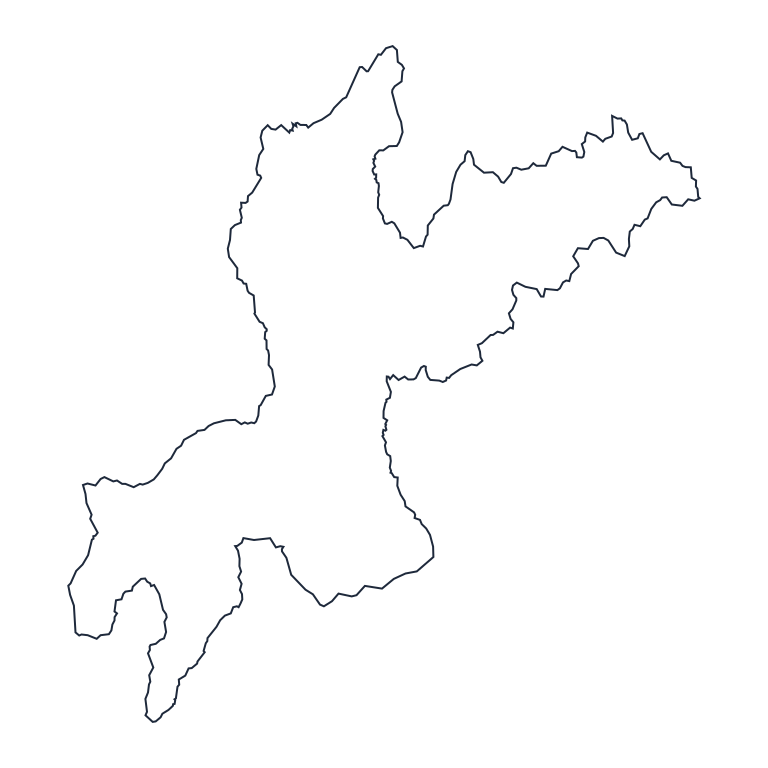 Parinacochas, Ayacucho, Peru
{"feature_id": "86281439B29784244980740", "entity_name": "Parinacochas", "entity_type": "district", "adm_level": 2, "iso_a3": "PER", "parent_name": "Peru", "parent_adm1": "Ayacucho", "projection": "equal_earth", "projection_center": [-73.675, -15.069], "detail": "fine", "context": "isolated", "style": "outline", "palette": "slate", "viewbox_px": 768, "rotation_deg": 0, "n_neighbors": 0, "source": "geoboundaries", "source_scale": "gbopen_adm2", "svg_char_len": 6083}
<svg xmlns="http://www.w3.org/2000/svg" viewBox="0 0 768 768"><path d="M392.6,46.1L386.0,48.2L380.9,54.8L378.3,54.3L368.1,71.2L366.6,71.3L362.1,67.0L359.7,67.2L346.2,97.3L342.9,98.9L334.1,107.9L330.2,113.9L321.7,119.7L313.5,123.2L308.2,127.6L306.3,125.0L300.4,124.9L297.4,122.8L295.7,123.3L296.3,126.3L292.6,123.7L293.4,126.3L292.2,128.9L292.7,130.6L290.2,130.1L289.3,132.6L281.2,125.1L275.6,129.6L271.3,128.9L267.7,125.2L262.3,130.7L260.6,137.5L263.3,148.9L259.2,155.1L256.3,168.9L257.5,174.7L260.2,175.6L261.2,177.9L252.2,192.6L248.0,196.1L247.6,201.5L245.6,202.9L241.1,202.7L241.5,207.6L239.9,209.8L241.8,217.8L240.8,220.1L241.0,222.6L234.9,225.1L230.8,229.0L230.0,240.0L227.8,248.7L229.1,257.1L237.3,268.2L237.2,278.3L242.0,280.6L243.6,283.5L246.2,283.8L247.6,290.7L249.0,292.8L253.7,295.5L255.0,312.5L254.4,313.6L259.6,321.8L262.9,323.2L264.7,327.3L266.7,329.2L266.7,330.8L265.2,332.1L264.7,338.7L266.5,340.4L266.6,349.0L268.1,350.5L269.0,355.1L268.6,364.9L272.1,369.5L274.8,386.5L272.0,394.5L265.8,395.9L260.7,405.1L259.1,406.1L258.3,415.5L256.1,421.5L254.3,423.2L251.2,422.5L247.7,423.7L244.8,422.4L241.3,424.2L235.3,419.9L225.8,420.3L213.9,423.3L208.6,426.0L204.5,429.9L197.5,430.9L196.0,433.1L184.0,439.8L181.1,445.7L176.5,448.8L171.1,458.3L164.8,463.4L162.2,468.8L157.3,475.3L153.8,479.4L147.8,482.9L142.7,484.6L139.9,483.9L133.7,487.2L125.5,483.9L122.2,483.9L117.0,480.5L113.3,481.4L104.4,477.1L100.6,479.0L95.5,485.5L87.5,483.5L83.0,485.0L85.5,494.0L86.5,503.1L91.6,514.7L90.2,518.8L97.7,532.7L95.4,535.7L93.3,536.2L93.5,538.7L91.9,539.7L88.1,555.2L82.6,564.5L76.2,570.9L70.6,583.4L68.3,585.7L70.1,594.9L73.9,605.6L75.5,632.4L79.2,635.5L81.5,634.5L87.7,635.2L96.7,638.8L100.6,635.2L108.9,634.2L111.4,630.4L112.4,624.5L114.5,620.5L114.6,617.1L117.0,613.4L114.5,611.5L116.0,600.3L121.5,599.3L123.4,593.7L125.4,591.6L131.9,590.6L132.8,586.7L141.1,578.9L145.1,578.5L147.2,581.7L150.2,583.4L151.0,586.1L154.1,585.0L159.3,594.3L163.0,609.8L166.1,614.2L166.7,617.4L164.4,621.9L166.1,632.0L164.0,638.4L160.2,639.9L155.8,643.8L150.5,645.0L149.6,646.6L149.9,650.0L148.0,653.3L153.3,667.5L149.2,675.2L150.3,681.7L149.0,684.4L148.0,692.5L145.4,698.9L147.0,711.8L145.5,715.3L152.7,721.9L155.7,721.4L160.6,717.3L162.4,713.7L168.4,710.0L172.9,705.8L173.1,704.2L174.6,703.9L175.2,700.2L174.5,699.3L175.9,698.4L177.5,686.7L179.2,684.7L178.8,679.5L185.3,675.6L188.6,668.4L191.7,668.1L197.1,663.6L197.5,661.5L204.7,652.2L203.6,651.0L205.8,643.2L207.3,641.1L207.5,638.1L216.5,626.8L220.2,620.2L224.9,615.6L230.8,613.4L233.2,607.2L236.9,606.3L238.6,607.2L240.5,603.5L242.3,599.4L242.0,594.1L239.9,590.0L241.6,583.8L238.3,577.2L241.1,571.6L239.4,566.2L239.6,558.8L238.0,550.7L235.2,546.1L237.3,545.9L241.8,542.6L243.4,538.1L254.0,540.0L270.1,538.2L275.9,547.4L280.3,546.2L283.4,546.8L281.9,549.2L282.0,551.4L286.4,557.8L291.2,574.8L305.5,589.7L312.9,594.3L320.0,604.6L323.9,606.3L332.0,601.2L338.5,593.6L351.7,596.4L356.5,595.2L364.9,585.9L382.0,588.6L393.8,578.9L405.5,573.5L416.8,571.4L433.4,557.0L433.1,546.6L430.0,534.9L426.2,528.5L421.7,524.1L420.0,519.9L414.6,518.0L415.2,514.8L414.1,512.4L405.5,506.4L404.7,501.1L400.6,494.7L397.3,485.8L397.7,477.5L394.2,477.1L391.7,473.1L390.5,472.7L391.1,470.9L389.8,467.6L390.8,461.0L390.2,456.1L387.2,454.3L386.1,451.9L384.9,445.4L386.0,442.3L382.4,436.1L383.6,434.9L382.8,432.8L383.4,429.9L385.4,430.7L386.4,429.8L385.4,426.2L386.1,424.9L385.3,424.0L387.2,420.3L383.5,417.9L383.6,411.0L385.5,402.8L386.5,401.8L386.3,399.6L389.9,397.8L390.9,391.9L386.7,381.3L386.8,376.5L388.5,376.7L390.0,379.1L393.2,375.1L398.6,380.0L404.6,376.6L408.2,379.5L413.5,379.4L415.8,378.1L421.1,367.6L423.9,366.0L425.8,366.7L425.7,370.0L427.8,376.8L430.3,379.9L439.3,380.6L442.7,382.0L446.1,380.5L446.7,377.6L449.1,377.9L451.2,375.2L460.3,369.0L471.6,364.5L476.8,365.4L482.4,360.8L480.5,357.3L480.0,351.7L477.8,344.9L481.9,343.2L490.6,335.0L493.1,334.9L497.5,331.7L503.4,333.2L510.1,327.6L512.8,328.5L513.4,322.3L510.6,318.9L508.9,313.3L512.5,309.3L516.3,300.5L516.3,298.1L513.4,294.8L512.0,289.9L513.0,285.5L516.8,282.6L525.4,286.8L536.7,289.1L541.0,296.5L543.5,296.6L545.2,288.9L557.4,290.1L559.9,288.3L563.0,282.4L566.2,280.5L569.3,281.1L571.1,274.0L578.7,266.2L578.0,263.4L573.2,256.3L577.9,248.2L588.0,249.0L592.9,240.8L598.9,238.1L603.6,237.9L608.3,240.5L616.1,252.6L624.7,256.1L629.3,246.3L628.9,239.0L629.8,231.5L632.7,229.0L634.5,224.8L640.3,226.2L644.8,219.6L647.6,218.4L651.3,208.9L656.2,202.3L660.2,200.1L662.1,197.5L666.7,197.2L671.8,204.5L682.4,205.8L688.2,199.3L694.4,200.7L699.7,198.3L698.2,196.9L697.5,188.9L695.9,186.6L696.1,180.5L691.7,177.9L690.8,167.3L685.5,167.1L682.5,165.9L680.1,162.7L671.3,160.8L668.0,153.4L663.8,155.3L659.9,159.4L651.2,151.8L642.6,133.2L639.4,134.0L637.8,138.3L632.1,139.8L628.2,132.6L626.9,124.5L624.6,120.6L622.4,120.4L621.2,118.4L617.5,118.6L612.1,115.9L613.1,133.0L611.7,136.5L605.3,138.8L602.9,141.6L596.0,135.8L587.2,132.6L585.3,137.4L585.1,141.5L581.8,144.1L584.3,152.0L583.4,156.6L581.9,157.6L576.9,157.2L576.3,152.5L575.0,150.9L572.0,151.1L562.5,146.8L558.7,151.2L551.2,153.6L545.8,165.7L536.6,165.8L533.3,163.2L528.7,168.3L521.3,169.7L516.4,167.7L513.0,168.2L511.0,174.0L503.8,182.8L501.3,182.0L498.1,176.6L492.9,172.2L484.0,172.7L474.0,164.7L473.3,159.0L470.6,152.2L467.9,151.2L465.3,155.1L464.6,161.2L460.5,164.7L456.2,171.9L452.6,184.0L450.5,199.5L448.9,203.8L447.8,205.2L443.7,205.7L434.0,214.6L433.4,218.5L427.8,225.5L427.6,234.7L426.0,236.5L423.0,246.5L420.1,245.8L413.8,248.1L407.4,239.8L402.9,237.5L400.6,237.9L400.0,232.7L394.3,223.3L391.8,221.8L387.1,223.9L384.9,223.4L382.9,218.4L383.1,216.1L377.9,207.9L378.1,197.6L379.2,194.8L378.2,192.3L378.9,186.0L378.5,183.2L376.7,182.4L376.3,179.9L375.0,178.8L376.1,177.8L376.2,174.4L374.2,174.5L372.6,171.0L372.8,169.0L375.2,166.6L373.4,162.9L374.1,160.8L373.3,159.3L375.4,158.7L374.6,156.3L375.3,154.6L379.3,150.3L383.3,150.4L389.0,146.2L396.8,146.0L399.1,142.4L402.6,132.2L401.1,121.9L397.7,113.7L392.1,92.4L392.4,89.8L394.7,86.3L401.6,81.4L402.4,71.2L404.0,68.4L401.9,64.9L397.8,61.9L396.9,50.0L392.6,46.1Z" fill="none" stroke="#1e293b" stroke-width="2"/></svg>